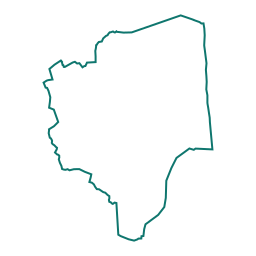 outline of Birnin Magaji-Kiyaw, Zamfara, Nigeria
{"feature_id": "59680162B42162352171568", "entity_name": "Birnin Magaji-Kiyaw", "entity_type": "district", "adm_level": 2, "iso_a3": "NGA", "parent_name": "Nigeria", "parent_adm1": "Zamfara", "projection": "equal_earth", "projection_center": [6.819, 12.47], "detail": "fine", "context": "isolated", "style": "outline", "palette": "teal", "viewbox_px": 256, "rotation_deg": 0, "n_neighbors": 0, "source": "geoboundaries", "source_scale": "gbopen_adm2", "svg_char_len": 1950}
<svg xmlns="http://www.w3.org/2000/svg" viewBox="0 0 256 256"><path d="M143.4,236.0L144.2,229.1L145.5,224.3L158.2,214.9L164.3,207.0L165.8,197.9L166.3,180.7L171.4,168.0L176.5,157.9L183.8,152.6L189.4,148.5L193.8,149.8L195.5,148.6L212.4,149.4L209.9,122.2L209.7,117.8L209.5,116.4L209.0,113.2L208.2,107.7L207.5,103.7L207.4,102.5L207.4,95.3L206.3,89.4L206.7,81.9L206.4,76.2L205.9,69.9L206.5,63.3L204.8,49.9L204.3,46.3L204.2,45.2L204.6,37.2L204.7,35.2L204.3,28.4L204.0,26.6L203.5,23.4L201.4,23.5L199.6,22.1L193.7,20.0L193.7,19.9L192.1,19.3L185.4,17.0L180.7,15.4L131.7,32.4L123.5,32.6L116.7,31.8L116.4,31.4L115.2,32.4L114.4,32.4L113.0,31.5L110.6,32.3L109.7,32.3L108.3,33.9L107.6,35.2L106.0,35.9L103.2,38.4L101.8,41.5L98.8,42.0L97.5,43.5L96.7,44.9L96.1,45.2L96.1,46.4L95.8,48.6L95.3,50.9L95.6,56.3L95.6,62.1L87.0,62.6L85.4,66.0L84.3,66.1L82.5,67.3L79.4,63.2L77.1,63.5L74.9,61.8L72.7,62.5L64.9,66.9L64.0,67.0L63.7,66.8L63.6,66.2L63.5,65.5L63.3,65.1L63.0,65.0L62.6,65.0L62.5,64.7L62.4,64.3L62.3,63.6L62.1,63.1L62.0,62.7L62.1,62.0L61.8,61.6L61.3,61.5L61.1,61.1L61.1,60.6L60.9,60.5L54.5,64.7L49.4,69.0L52.5,79.5L48.3,80.1L46.7,80.6L43.6,82.6L45.6,87.6L47.1,87.9L48.5,90.9L50.3,97.2L49.9,101.9L49.1,107.7L53.8,109.6L58.2,122.0L54.0,126.2L49.0,129.3L49.1,129.9L48.7,133.2L49.8,137.7L50.8,138.3L51.6,139.6L52.1,140.9L51.8,142.9L52.6,144.1L54.4,145.3L55.9,146.9L57.0,147.8L56.7,149.4L55.0,152.5L57.2,154.5L58.1,154.7L59.2,155.6L59.3,157.5L58.8,159.3L59.9,162.8L61.4,165.9L62.1,169.0L63.9,169.6L65.5,169.8L67.6,169.2L69.5,170.3L73.9,169.2L79.3,169.1L84.8,171.8L91.3,174.3L90.7,177.3L89.4,182.0L91.9,182.7L93.9,184.4L95.0,186.6L96.8,189.1L99.1,189.3L103.2,192.1L105.3,192.7L107.6,195.0L109.3,196.1L109.4,198.3L108.9,199.9L109.3,201.8L110.8,202.3L111.8,203.4L112.8,203.9L114.6,202.6L116.4,203.0L117.4,219.7L118.3,234.7L120.7,236.1L128.7,239.3L134.1,240.6L137.4,239.4L138.4,238.6L141.3,238.5L141.5,236.2L143.4,236.0Z" fill="none" stroke="#0f766e" stroke-width="2"/></svg>